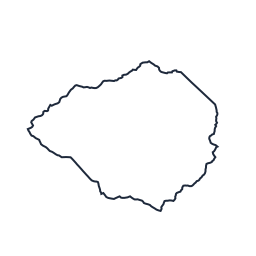 Montanha, Espírito Santo, Brazil (Robinson projection), rotated 293°
{"feature_id": "56859067B76989812301886", "entity_name": "Montanha", "entity_type": "district", "adm_level": 2, "iso_a3": "BRA", "parent_name": "Brazil", "parent_adm1": "Espírito Santo", "projection": "robinson", "projection_center": [-40.286, -18.121], "detail": "fine", "context": "isolated", "style": "outline", "palette": "slate", "viewbox_px": 256, "rotation_deg": 293, "n_neighbors": 0, "source": "geoboundaries", "source_scale": "gbopen_adm2", "svg_char_len": 3417}
<svg xmlns="http://www.w3.org/2000/svg" viewBox="0 0 256 256"><g transform="rotate(293 128 128)"><path d="M146.5,62.9L144.7,62.2L142.9,61.7L140.9,60.5L137.5,59.7L135.6,59.5L134.4,59.3L133.2,58.9L131.3,56.0L130.0,54.9L128.3,54.3L126.2,54.5L124.9,54.6L123.2,53.6L121.6,51.7L120.6,50.7L118.7,49.1L118.9,47.5L114.7,47.0L112.9,47.6L111.9,46.9L111.2,44.6L109.8,43.8L107.8,44.4L106.2,43.9L104.9,42.8L103.8,41.0L101.4,38.3L98.8,37.7L96.8,36.6L95.4,36.7L93.2,39.6L91.6,39.4L90.2,38.5L87.9,36.2L86.7,37.4L85.8,38.9L84.6,40.2L83.3,42.2L83.5,44.0L83.1,45.5L82.6,47.0L82.5,49.4L82.4,50.9L81.5,51.7L80.4,53.0L79.1,54.3L78.5,56.7L78.3,59.8L77.7,61.8L76.8,63.7L76.3,65.0L76.4,67.6L76.0,69.9L75.6,71.8L75.4,73.8L75.8,75.2L75.5,76.7L75.2,78.4L75.9,79.9L76.9,82.0L77.7,84.0L78.6,86.6L78.1,87.9L77.4,89.5L75.5,93.6L74.6,95.3L73.6,97.6L72.4,100.1L71.9,101.2L70.9,103.2L69.9,105.4L68.5,108.4L68.0,109.6L66.6,112.5L65.6,115.0L65.6,117.1L65.9,118.6L66.4,120.0L66.5,121.4L65.4,122.4L63.2,123.8L61.7,125.2L60.4,126.3L58.8,127.2L58.0,128.5L56.9,129.2L58.5,130.7L57.0,133.4L56.0,135.0L55.9,137.1L56.3,139.1L56.7,140.9L57.2,142.8L58.5,143.9L59.8,145.1L60.9,146.1L61.8,147.0L61.2,148.6L61.4,149.9L62.3,152.0L64.0,154.7L64.9,155.6L65.9,156.6L65.4,158.3L65.1,159.7L64.8,161.8L65.3,163.2L66.1,164.7L66.3,166.7L66.6,169.2L66.1,170.7L65.2,171.9L65.2,173.5L65.4,174.9L65.6,176.2L65.7,178.2L65.1,179.7L64.8,181.1L64.4,184.1L64.0,186.1L64.1,188.3L64.4,190.4L66.7,190.5L68.1,189.6L69.7,189.9L71.7,190.4L73.3,190.2L75.0,190.2L75.9,191.4L76.6,193.0L77.7,194.7L78.3,196.6L78.6,198.3L80.2,198.9L81.8,199.1L83.2,198.3L84.7,198.3L86.0,197.9L87.3,198.3L88.9,199.9L89.9,201.1L91.6,201.2L92.7,201.8L94.6,201.2L96.5,201.5L97.4,203.0L97.8,204.3L98.4,205.5L98.5,207.3L99.1,208.8L100.0,209.7L101.3,210.3L102.8,210.8L104.2,211.6L105.9,212.0L107.1,213.4L108.2,213.9L109.6,214.0L111.3,214.9L113.4,215.3L114.8,216.2L116.4,216.5L118.3,216.3L120.3,215.5L121.9,215.3L123.7,214.6L125.6,214.3L126.8,215.4L128.0,217.1L129.4,218.4L130.5,218.5L131.7,219.3L133.6,219.4L135.3,219.8L136.3,218.0L137.4,216.5L138.8,215.5L140.2,216.3L141.9,216.6L143.4,216.7L144.8,216.7L145.8,217.6L146.5,215.4L146.3,213.4L146.3,211.8L146.7,209.9L148.5,208.4L149.8,207.0L151.3,206.5L152.5,206.6L153.7,207.5L154.9,208.0L156.1,209.4L157.5,209.1L158.9,209.0L160.7,208.3L162.2,208.1L164.2,208.4L165.0,207.1L166.1,207.6L167.6,207.9L168.6,206.6L169.7,206.0L171.1,205.7L172.8,204.7L174.3,205.0L175.6,204.9L176.7,204.4L177.5,203.3L179.0,202.6L180.1,201.8L181.5,200.8L182.7,199.8L183.7,199.0L192.2,175.9L194.7,168.9L200.1,154.9L199.5,153.1L199.0,150.9L199.9,150.0L199.3,148.5L198.4,147.6L197.6,146.7L196.3,146.7L195.7,145.1L194.7,143.0L193.6,142.5L193.2,140.9L192.9,138.9L192.6,136.7L193.0,135.3L193.9,133.9L195.5,133.0L196.2,131.1L196.0,128.5L196.6,126.7L196.8,125.3L197.1,123.6L197.7,121.3L196.1,120.2L195.1,118.1L193.9,116.0L192.5,115.0L191.5,114.4L190.0,114.9L188.5,114.2L187.4,113.4L185.8,113.0L184.6,112.8L184.1,111.4L183.6,109.6L182.4,109.3L180.8,108.1L179.3,107.2L177.8,106.6L176.4,105.4L175.4,103.5L174.1,102.3L172.7,103.0L171.6,102.4L170.6,101.0L169.9,100.0L168.7,99.8L167.4,99.0L166.9,97.7L165.8,96.8L164.9,93.9L164.4,92.3L163.0,89.8L162.3,87.9L161.3,86.9L159.7,86.5L157.7,86.1L155.8,85.3L153.6,84.2L152.3,83.0L151.6,81.5L151.2,79.9L150.9,78.4L150.0,77.4L150.0,75.7L149.8,74.2L148.9,72.8L148.0,71.2L148.1,69.8L147.6,66.7L147.4,64.0L146.5,62.9Z" fill="none" stroke="#1e293b" stroke-width="2"/></g></svg>